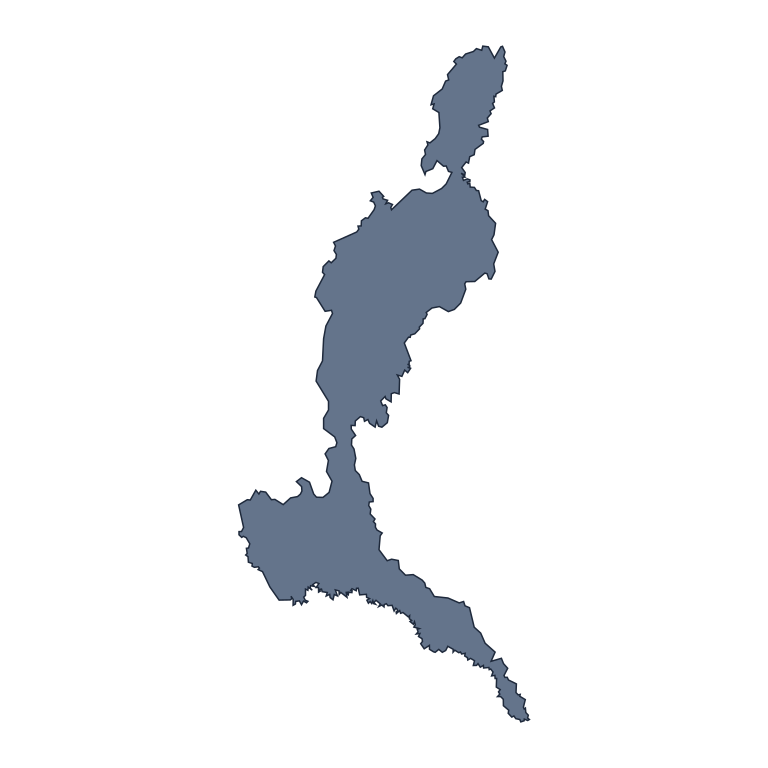 the district of Medio San Juan (Andagoya), Chocó, Colombia
{"feature_id": "7082276B61520359869131", "entity_name": "Medio San Juan (Andagoya)", "entity_type": "district", "adm_level": 2, "iso_a3": "COL", "parent_name": "Colombia", "parent_adm1": "Chocó", "projection": "robinson", "projection_center": [-76.781, 4.808], "detail": "fine", "context": "isolated", "style": "filled", "palette": "slate", "viewbox_px": 768, "rotation_deg": 0, "n_neighbors": 0, "source": "geoboundaries", "source_scale": "gbopen_adm2", "svg_char_len": 6088}
<svg xmlns="http://www.w3.org/2000/svg" viewBox="0 0 768 768"><path d="M478.6,190.7L476.4,190.5L474.4,187.4L470.2,187.1L469.8,183.3L467.8,183.9L467.2,182.2L469.9,181.4L470.0,179.9L467.2,178.9L463.5,180.4L462.4,177.3L465.0,177.1L461.2,173.2L464.8,175.0L465.2,172.5L461.7,167.6L466.1,162.0L468.5,163.1L469.7,156.7L474.2,154.7L475.0,149.4L483.2,143.4L483.6,141.5L481.4,139.2L482.2,136.9L488.1,136.2L487.6,129.5L479.5,127.2L478.6,125.3L488.3,121.6L487.3,118.0L491.1,113.7L490.0,110.9L494.5,107.9L492.6,103.4L494.4,101.9L493.9,96.3L495.7,96.7L496.0,94.1L502.3,90.4L501.4,86.3L503.0,80.9L502.8,71.7L505.3,70.9L507.1,65.3L504.9,63.8L506.0,61.2L503.7,56.6L505.0,52.0L502.5,46.3L500.8,46.9L494.4,58.1L488.3,46.8L482.8,46.1L481.7,50.3L476.4,48.6L473.4,51.5L465.6,54.0L462.2,57.8L459.2,56.7L455.8,58.8L453.8,61.5L456.4,64.1L447.5,74.6L448.7,79.9L445.6,81.1L442.2,89.0L433.5,95.8L431.0,104.8L434.1,103.9L432.7,108.8L438.9,112.5L439.9,127.8L438.7,133.7L435.2,138.6L429.9,142.9L427.0,141.8L427.9,144.9L424.6,150.0L425.5,154.5L421.9,158.9L421.2,165.6L425.0,174.6L425.9,171.5L432.8,168.7L437.0,160.6L443.5,166.2L446.2,166.0L448.5,171.4L451.9,172.4L446.2,183.9L441.6,188.5L432.4,193.4L426.4,193.0L419.5,189.1L412.0,190.2L391.5,209.8L390.8,207.4L392.5,204.5L388.5,202.8L385.7,203.8L387.6,200.3L383.0,198.9L382.4,197.3L383.7,196.4L379.0,191.2L371.3,193.0L373.1,197.4L370.3,200.8L373.7,202.1L375.4,205.9L374.1,209.7L368.0,218.3L365.4,217.8L361.4,220.8L361.2,225.9L358.0,226.1L358.8,229.2L356.7,232.0L333.6,242.3L335.5,246.0L334.0,250.6L336.4,254.5L335.9,258.3L331.2,262.8L328.9,260.9L323.2,266.6L322.5,272.3L324.6,274.6L315.9,291.1L314.8,297.0L316.5,297.6L325.1,311.3L331.5,310.3L332.5,313.5L325.9,326.0L323.6,338.7L322.5,360.9L317.5,370.5L316.1,381.1L328.5,401.3L328.5,410.0L323.6,418.3L323.6,428.6L334.7,436.9L336.9,442.7L335.7,446.7L328.9,448.5L325.1,453.9L328.4,460.5L326.5,471.5L332.0,481.2L329.1,492.4L323.0,497.4L316.5,497.2L313.7,494.0L309.5,482.2L301.5,477.7L296.4,481.6L301.6,486.6L301.9,491.1L300.3,494.2L297.5,496.6L290.6,497.9L283.2,504.6L274.9,499.4L271.4,499.7L265.7,492.1L260.5,491.3L258.9,494.0L255.8,490.2L250.3,500.0L247.3,499.7L238.6,504.9L243.6,527.5L241.5,531.5L239.0,531.6L239.0,534.8L241.7,537.4L243.3,536.3L246.2,537.7L249.8,543.8L248.5,548.0L246.4,548.3L247.2,553.5L245.7,555.0L248.0,556.7L248.4,562.2L252.3,563.5L252.0,566.1L254.4,567.3L258.3,566.8L259.4,568.1L258.1,569.6L262.5,571.6L269.9,587.0L279.1,600.1L290.3,599.9L291.9,598.6L291.0,596.2L293.2,599.5L293.1,605.3L295.4,604.0L295.7,601.4L299.4,600.9L301.5,604.7L303.5,601.1L306.5,602.8L307.9,601.3L305.2,600.2L303.7,597.1L305.5,595.4L305.5,589.1L307.9,590.3L308.2,587.1L312.2,590.2L310.2,588.0L310.6,585.7L314.6,586.5L312.7,584.6L315.9,582.4L318.9,583.5L316.2,587.5L318.5,587.5L318.6,592.1L320.3,591.1L319.6,589.4L321.5,589.1L322.2,591.7L327.3,592.5L326.2,596.0L329.7,594.4L330.1,597.5L333.0,599.8L334.3,594.5L337.4,595.9L335.3,589.9L339.1,590.9L339.2,594.4L340.8,592.4L347.0,597.3L346.2,592.4L347.9,592.2L347.2,594.0L348.3,594.8L348.7,592.3L351.9,592.6L352.1,590.7L350.8,590.3L352.0,588.7L356.2,590.7L356.5,588.3L358.2,588.2L359.7,594.9L366.4,594.3L366.6,597.3L369.5,598.6L366.9,600.2L368.4,603.2L370.1,601.5L371.7,603.5L372.8,600.7L373.5,603.6L375.4,604.2L373.9,602.5L376.0,600.3L380.3,603.9L378.8,606.5L381.8,605.0L384.0,606.9L384.2,604.6L386.3,603.7L388.0,605.7L392.1,605.3L394.1,611.0L395.8,608.2L396.8,608.9L397.8,611.2L396.1,612.0L396.4,613.5L399.7,610.6L400.6,613.3L403.0,612.5L408.3,616.9L409.6,615.7L409.4,618.8L411.6,620.4L410.0,621.5L413.4,624.3L414.5,621.8L415.3,624.8L413.9,627.1L419.3,628.6L417.2,629.3L418.1,631.9L416.3,634.0L419.9,633.5L418.5,636.5L422.0,638.7L422.5,641.4L420.7,643.7L424.2,648.8L429.4,645.4L429.5,649.3L433.5,651.8L435.2,652.3L438.8,649.4L442.3,652.3L445.7,650.5L447.8,646.3L453.2,649.3L453.1,652.1L454.8,650.2L458.8,652.7L460.5,652.0L461.6,654.0L465.2,653.3L464.7,656.0L467.4,657.6L467.8,660.0L470.6,658.4L474.5,660.7L473.3,665.5L476.6,665.4L478.0,663.6L480.3,667.2L483.4,665.4L483.6,668.0L488.9,667.5L489.2,669.6L490.7,669.0L493.0,672.0L491.6,675.9L494.9,675.4L495.1,678.5L496.6,678.5L496.3,687.1L500.2,689.6L498.5,691.9L499.8,694.1L497.5,696.6L500.6,696.6L503.3,699.3L503.4,705.7L508.7,710.2L508.2,713.3L511.8,717.1L513.9,716.0L515.8,718.7L519.8,719.5L520.8,721.9L524.1,720.8L524.3,719.1L527.7,720.5L529.4,719.5L527.6,718.0L528.3,715.2L525.8,712.5L525.4,708.1L524.2,709.0L523.4,707.2L525.3,699.6L519.8,696.3L520.2,694.4L518.2,694.9L516.0,692.6L516.4,683.9L508.5,680.0L507.2,677.3L504.9,677.4L504.0,675.5L507.7,668.3L503.5,663.6L501.4,658.3L491.1,661.3L495.1,652.1L485.1,643.2L480.7,633.1L474.2,627.2L469.5,607.7L465.0,605.8L463.6,601.5L459.2,602.9L448.0,598.0L434.3,596.5L429.6,588.7L425.8,587.4L424.8,583.1L422.2,580.1L413.2,574.6L405.5,575.2L399.3,568.9L398.3,560.5L391.6,559.2L387.2,560.7L379.0,549.7L380.2,535.8L382.2,533.0L377.0,530.0L375.4,527.2L375.5,523.9L373.4,521.6L375.0,519.0L370.2,514.0L370.8,509.1L368.7,505.5L369.3,502.0L373.1,501.6L373.1,498.4L370.0,493.6L368.5,482.9L362.1,481.3L359.3,474.6L355.3,470.5L354.4,464.9L355.8,458.4L354.0,449.0L351.5,445.1L351.8,439.0L355.6,435.5L351.3,429.1L351.2,425.4L355.1,425.6L355.3,421.0L360.4,416.6L363.7,417.7L364.5,421.3L367.9,419.5L369.6,423.3L375.1,427.1L376.6,420.9L378.6,426.2L381.9,427.2L387.3,422.7L388.6,415.4L386.3,412.8L387.1,407.5L385.3,404.8L382.6,405.6L380.7,401.0L385.1,396.5L385.9,398.8L391.1,401.9L391.3,393.7L394.4,392.6L399.1,394.0L399.6,379.3L397.3,375.0L401.9,376.4L404.7,370.1L407.7,372.7L410.6,368.3L407.5,367.3L409.7,367.3L409.7,365.4L407.5,364.2L409.1,364.6L409.2,361.3L411.0,360.7L404.3,343.0L408.5,337.2L410.2,337.3L410.7,335.0L414.8,333.8L419.6,328.8L419.3,327.1L423.0,323.3L423.2,318.9L424.9,318.7L427.1,314.4L426.2,312.5L432.0,308.0L439.4,306.6L448.4,311.6L454.4,309.4L460.7,303.0L465.8,289.2L464.7,283.8L466.1,281.7L474.8,281.5L484.8,273.1L487.1,273.7L488.9,278.9L491.2,279.1L495.0,271.4L493.7,263.9L498.2,252.2L491.6,239.6L494.0,234.8L495.6,223.3L488.6,215.7L488.0,210.7L485.2,209.1L487.6,201.6L484.6,199.4L483.2,201.8L481.2,200.6L478.6,190.7Z" fill="#64748b" stroke="#1e293b" stroke-width="1.5"/></svg>